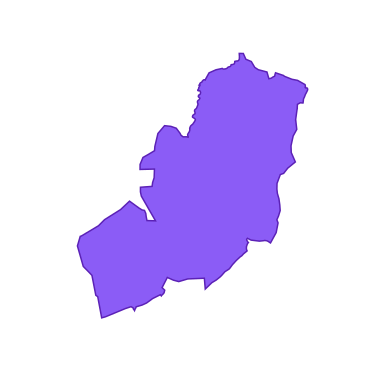 the district of Kibiya, Kano, Nigeria, rotated 18°
{"feature_id": "59680162B54095353953704", "entity_name": "Kibiya", "entity_type": "district", "adm_level": 2, "iso_a3": "NGA", "parent_name": "Nigeria", "parent_adm1": "Kano", "projection": "natural_earth1", "projection_center": [8.677, 11.494], "detail": "fine", "context": "isolated", "style": "filled", "palette": "violet", "viewbox_px": 384, "rotation_deg": 18, "n_neighbors": 0, "source": "geoboundaries", "source_scale": "gbopen_adm2", "svg_char_len": 3716}
<svg xmlns="http://www.w3.org/2000/svg" viewBox="0 0 384 384"><g transform="rotate(18 192 192)"><path d="M282.4,216.2L284.6,204.6L283.4,194.8L281.3,192.2L281.7,188.1L281.6,182.4L279.5,177.2L276.8,171.6L273.6,166.9L271.8,162.9L270.2,157.5L270.6,148.1L273.4,146.0L275.7,139.7L281.0,131.5L274.2,123.8L271.9,117.5L270.9,107.5L272.3,100.1L269.7,94.4L268.6,91.9L268.5,92.0L268.3,91.6L266.5,81.6L266.3,80.0L266.2,79.9L265.2,76.1L265.9,75.3L267.4,73.7L269.9,73.1L270.1,73.0L269.3,69.0L269.6,66.9L269.7,64.1L270.0,62.7L270.4,59.8L270.4,59.0L270.2,58.4L269.7,57.7L269.2,57.5L267.7,57.9L267.3,57.6L267.3,57.1L267.2,56.4L266.3,54.9L257.9,53.2L252.2,53.9L244.1,53.4L243.1,52.9L234.6,52.8L234.6,54.3L234.8,56.4L233.7,57.3L233.3,57.8L232.9,58.3L232.5,58.9L232.0,59.4L231.1,59.9L230.1,60.5L226.2,54.7L217.3,55.2L213.2,54.1L208.1,49.6L202.2,49.1L198.0,44.4L194.1,45.6L195.3,48.7L196.0,51.3L195.5,52.7L194.7,53.4L193.7,53.7L192.3,54.6L192.6,55.5L192.6,56.7L192.5,57.2L192.0,57.6L191.1,58.3L190.5,58.5L189.9,58.8L189.9,60.1L189.6,60.8L188.4,61.6L187.8,62.0L187.0,63.5L186.6,63.9L186.0,64.4L185.4,64.7L184.3,65.3L183.5,65.4L182.5,65.1L181.8,65.6L177.1,68.3L171.4,73.4L170.2,79.6L169.9,81.4L169.4,81.3L168.8,81.5L168.2,82.0L167.9,82.7L167.6,83.2L167.5,83.6L167.4,84.4L167.1,84.7L166.7,85.1L166.3,85.6L166.0,86.2L166.0,87.0L165.9,87.6L165.7,88.1L166.6,88.0L166.5,88.9L166.4,89.4L166.2,90.4L166.2,90.9L166.4,91.8L166.3,92.1L166.1,92.7L166.0,93.2L166.1,93.6L166.7,93.8L167.9,93.4L168.6,93.6L169.4,94.6L169.6,96.1L169.4,96.6L169.1,97.1L168.7,97.5L168.4,97.9L168.4,98.9L168.6,99.4L168.9,99.6L169.8,100.0L170.2,100.1L170.5,100.3L170.5,100.8L170.3,101.8L169.8,102.6L169.4,103.2L169.2,103.9L169.3,104.6L169.8,105.6L170.3,106.1L170.6,106.9L170.6,108.2L170.5,109.6L170.4,111.0L170.1,111.5L169.8,112.1L169.4,112.6L169.3,113.0L169.2,113.4L169.3,113.9L169.5,114.5L169.8,114.8L170.2,115.1L170.3,115.7L170.7,116.6L169.9,117.6L169.7,118.0L169.2,118.6L169.1,119.2L169.1,119.7L169.2,120.4L169.5,120.7L170.6,121.0L171.8,121.3L172.7,121.9L172.9,122.2L172.7,123.8L172.3,125.4L172.1,125.9L171.8,127.0L171.6,127.5L171.0,128.3L170.7,128.9L170.4,129.4L170.2,130.0L170.2,130.9L170.1,131.7L170.1,132.1L170.4,132.4L170.5,133.0L170.8,134.0L170.8,135.4L170.4,137.0L170.2,137.6L170.2,138.3L170.1,138.8L170.5,139.6L171.4,140.8L171.4,141.1L169.6,141.2L166.5,142.3L164.0,141.4L162.4,139.8L157.3,136.2L151.6,136.1L145.4,137.4L141.5,146.9L142.6,160.1L143.6,164.3L138.9,169.7L137.9,170.8L134.7,174.3L134.1,181.8L135.6,186.6L149.2,181.8L151.6,190.2L151.6,195.1L152.3,199.0L141.5,203.4L142.9,207.8L145.1,211.6L166.2,230.7L158.0,233.1L156.0,229.5L154.7,226.7L152.5,224.2L152.4,224.2L150.1,224.5L146.4,223.6L135.4,220.0L129.5,230.8L117.4,245.3L113.5,253.0L100.3,268.1L99.4,268.7L99.7,278.7L111.6,296.4L118.0,299.7L122.6,302.2L132.4,319.9L134.7,320.7L145.0,339.6L148.3,337.4L164.7,323.4L169.5,319.9L170.2,320.1L171.6,320.3L172.1,320.8L172.3,321.3L172.5,321.4L173.0,321.8L173.4,322.1L173.7,322.2L174.0,322.5L174.1,320.4L174.4,319.6L174.4,318.4L179.4,315.0L183.1,311.6L187.5,305.5L193.6,299.5L194.9,300.3L195.0,299.8L195.9,298.3L196.3,297.2L196.6,296.5L196.5,295.4L196.4,293.8L193.1,292.2L194.8,281.7L194.9,280.9L201.6,281.6L207.1,281.3L214.8,276.0L230.4,270.2L234.6,280.2L238.9,272.1L242.2,268.3L245.1,263.9L246.2,261.7L247.9,257.7L251.3,253.5L252.9,248.7L255.3,243.4L257.8,238.9L259.1,237.2L260.1,234.9L261.8,232.3L262.6,231.0L261.4,229.5L260.7,227.3L260.7,225.2L260.8,223.6L261.3,222.7L260.3,222.1L259.0,220.9L258.6,220.1L259.0,218.9L263.1,219.5L271.3,217.9L275.1,216.2L275.7,215.9L275.9,215.7L276.0,215.7L276.3,215.6L276.5,215.5L277.0,215.5L277.4,215.4L278.1,215.3L278.8,215.3L280.4,215.6L280.8,215.8L282.4,216.2Z" fill="#8b5cf6" stroke="#5b21b6" stroke-width="1.5"/></g></svg>